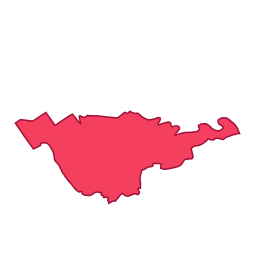 Al-Mahmoudiya, Babil, Iraq, rotated 146°
{"feature_id": "34846034B92813694057989", "entity_name": "Al-Mahmoudiya", "entity_type": "district", "adm_level": 2, "iso_a3": "IRQ", "parent_name": "Iraq", "parent_adm1": "Babil", "projection": "natural_earth1", "projection_center": [44.202, 33.035], "detail": "fine", "context": "isolated", "style": "filled", "palette": "rose", "viewbox_px": 256, "rotation_deg": 146, "n_neighbors": 0, "source": "geoboundaries", "source_scale": "gbopen_adm2", "svg_char_len": 3458}
<svg xmlns="http://www.w3.org/2000/svg" viewBox="0 0 256 256"><g transform="rotate(146 128 128)"><path d="M103.7,121.8L104.3,122.1L105.8,122.9L106.3,123.2L106.8,123.5L107.6,124.7L107.9,125.2L109.2,127.5L109.9,129.0L110.2,129.7L110.6,131.5L110.9,132.5L111.2,133.5L111.7,134.9L112.7,135.3L113.2,135.7L113.6,135.9L114.5,136.8L115.9,138.4L116.5,139.5L117.0,140.8L118.2,140.7L119.1,140.2L119.9,140.1L120.9,141.4L121.4,142.3L122.3,142.9L125.2,142.6L126.7,142.4L126.8,142.4L130.7,142.3L132.0,143.0L135.1,145.5L137.8,147.7L142.1,151.3L145.7,154.5L149.8,157.4L152.7,159.5L154.5,161.1L158.4,161.0L161.1,165.1L162.0,164.8L164.8,158.3L165.5,160.4L165.7,163.6L166.1,168.8L166.3,170.4L167.8,170.8L177.0,171.0L187.0,170.9L187.1,174.0L187.4,186.8L194.6,186.9L203.0,186.9L212.5,195.1L218.6,195.1L218.6,193.6L218.6,178.9L218.2,165.9L218.1,163.5L213.4,162.8L210.6,162.4L209.3,163.5L209.1,163.7L206.9,163.5L203.7,160.8L202.9,158.0L203.0,154.5L203.5,149.8L204.9,145.9L206.7,142.8L206.6,140.1L206.0,135.8L206.7,132.1L206.7,131.0L206.7,130.5L206.7,129.8L207.1,129.4L207.2,129.1L207.3,128.8L207.2,126.9L207.1,125.6L207.3,122.9L207.0,118.0L206.9,117.2L206.3,113.3L205.8,105.8L204.6,102.5L202.7,101.6L202.0,101.0L202.8,99.0L201.5,96.6L198.0,93.7L196.0,93.0L191.0,93.0L189.3,92.1L187.3,90.2L186.0,89.2L187.4,88.0L187.5,86.8L186.7,86.3L186.1,85.4L187.0,84.7L187.2,84.2L185.8,83.0L184.4,82.6L183.5,81.9L183.2,80.9L183.8,80.3L184.8,80.2L185.3,79.5L185.3,77.3L186.1,76.4L182.5,75.9L181.2,75.8L180.3,75.3L180.1,75.2L179.5,74.3L177.6,75.0L171.1,77.0L169.6,76.8L168.8,76.1L168.2,73.7L167.3,72.7L166.5,71.8L166.3,71.6L164.7,71.0L162.6,70.5L161.2,70.5L160.3,70.0L159.0,69.7L158.2,68.8L157.5,67.7L156.7,67.2L155.8,67.3L154.9,67.9L154.5,68.6L154.0,70.8L153.7,72.1L152.7,72.2L151.8,71.2L151.4,71.1L148.5,75.2L147.0,78.2L145.6,80.4L143.2,82.7L142.7,83.1L142.3,83.5L141.1,84.4L140.1,85.3L138.6,84.8L136.2,84.4L133.7,84.6L132.5,84.0L129.9,82.8L128.5,82.8L127.7,83.4L127.0,84.2L126.2,84.1L120.5,79.9L120.9,79.1L122.8,77.3L123.4,76.2L122.0,74.7L120.8,73.3L116.9,71.4L112.5,69.6L110.5,68.8L109.6,68.8L108.7,68.2L105.7,67.7L103.0,68.3L101.8,68.8L100.6,69.5L99.3,69.9L98.0,69.9L96.9,69.6L96.2,68.8L95.6,68.4L94.7,68.7L94.3,68.8L93.9,68.0L93.4,67.3L92.8,67.0L91.6,66.8L90.4,67.6L89.7,68.7L88.8,71.1L87.7,74.1L87.1,75.6L85.2,75.9L83.5,76.0L81.7,75.3L79.5,74.1L77.7,73.6L76.2,73.4L74.6,73.3L72.2,73.4L71.0,73.4L69.7,73.5L68.9,73.9L68.1,74.3L67.4,74.0L66.7,72.7L65.6,71.7L64.4,70.6L63.3,70.2L62.9,70.2L61.9,70.4L60.9,70.3L59.4,69.5L58.8,68.8L56.5,66.2L55.9,65.3L53.7,65.3L51.5,65.4L49.7,64.9L48.4,64.5L46.5,64.1L44.4,63.6L42.8,62.8L41.4,62.3L40.2,62.2L38.7,60.9L37.4,66.8L37.4,67.0L37.6,72.0L38.6,75.3L39.3,77.7L40.2,80.1L40.6,81.1L43.6,83.4L46.1,84.3L48.9,84.1L50.1,82.2L50.4,80.3L49.0,77.7L48.7,75.8L48.7,75.5L49.6,74.5L53.4,74.5L54.5,75.1L55.7,75.8L57.5,77.8L58.8,81.2L59.5,84.7L60.1,86.2L60.6,87.1L61.1,87.9L61.3,88.2L62.8,89.1L65.6,90.6L68.1,90.7L68.9,89.7L68.9,88.1L69.8,86.8L72.3,86.3L74.2,87.2L77.5,88.8L78.9,89.6L82.6,92.0L83.4,92.5L86.6,93.7L89.2,94.6L90.8,94.9L92.6,95.6L92.8,96.2L92.1,96.4L90.2,97.0L87.9,97.7L86.0,98.4L85.1,99.6L85.3,101.4L86.5,102.5L88.3,103.5L90.5,104.2L91.0,105.1L90.8,106.7L90.0,107.8L90.1,108.9L90.1,109.4L91.0,110.1L92.3,110.9L95.4,112.0L97.8,112.6L98.5,112.8L99.9,113.1L101.2,113.5L100.7,114.9L100.2,115.0L99.3,115.3L98.5,115.6L96.0,117.4L95.9,118.5L96.7,119.5L98.0,120.2L100.1,120.4L101.8,121.0L103.7,121.8Z" fill="#f43f5e" stroke="#9f1239" stroke-width="1.5"/></g></svg>